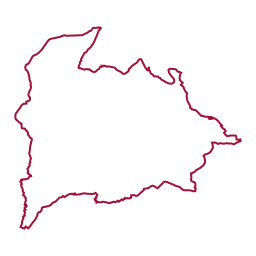 Ocnele Mari, Vâlcea, Romania (Mercator projection)
{"feature_id": "2599482B98582848146114", "entity_name": "Ocnele Mari", "entity_type": "district", "adm_level": 2, "iso_a3": "ROU", "parent_name": "Romania", "parent_adm1": "Vâlcea", "projection": "mercator", "projection_center": [24.271, 45.091], "detail": "fine", "context": "isolated", "style": "outline", "palette": "rose", "viewbox_px": 256, "rotation_deg": 0, "n_neighbors": 0, "source": "geoboundaries", "source_scale": "gbopen_adm2", "svg_char_len": 5690}
<svg xmlns="http://www.w3.org/2000/svg" viewBox="0 0 256 256"><path d="M70.0,194.0L72.2,193.7L73.8,194.7L74.0,194.5L74.1,193.7L74.7,193.4L75.1,193.5L75.1,194.3L75.4,194.6L78.1,194.6L83.0,193.5L84.7,193.3L86.4,193.7L92.6,194.0L94.7,193.4L95.6,192.9L97.3,195.0L97.0,195.9L96.0,196.7L96.2,198.2L95.8,198.5L95.7,198.9L94.7,199.0L95.1,200.3L96.1,200.8L96.1,201.2L96.6,201.2L96.6,202.6L97.2,202.2L97.9,202.0L101.1,202.4L102.4,201.7L106.3,202.3L108.4,203.0L110.0,203.1L110.6,202.5L111.5,202.5L113.7,201.7L114.5,201.9L115.2,202.3L117.9,200.7L118.9,201.7L121.7,199.4L122.6,200.0L122.7,199.7L123.3,199.7L123.5,199.2L124.4,199.2L124.5,198.8L125.0,197.9L125.7,198.4L126.1,198.5L127.6,198.0L128.6,198.4L130.0,198.3L131.0,197.8L131.2,195.3L132.1,195.5L133.0,195.1L134.4,195.2L135.5,195.8L137.0,195.8L137.6,195.6L143.4,190.4L143.9,189.8L143.8,188.9L148.6,188.0L150.7,186.4L152.2,185.8L152.9,185.7L154.1,186.2L155.9,187.4L157.6,188.2L163.7,182.1L164.9,181.7L166.6,181.9L172.7,184.4L175.6,185.8L179.7,187.0L181.3,188.7L183.7,190.2L189.6,190.3L191.3,190.6L193.0,191.2L195.2,191.2L195.7,188.4L194.9,188.0L194.6,187.3L195.4,186.0L195.5,184.7L195.3,183.7L195.0,182.8L194.5,182.3L192.0,181.4L191.1,180.5L191.0,179.7L191.4,178.1L191.0,173.4L191.8,173.2L192.1,173.4L193.0,172.5L194.1,172.2L195.0,171.6L196.1,170.1L197.5,169.5L200.2,167.9L203.6,165.1L204.0,163.9L204.8,163.0L205.0,162.4L205.0,160.1L204.5,158.0L204.0,156.6L203.5,155.9L205.1,154.4L206.3,154.2L209.2,153.0L210.8,151.6L212.9,147.8L212.7,145.2L212.1,142.6L215.5,142.6L216.9,143.5L218.2,143.9L218.5,143.9L219.5,143.2L223.7,143.7L227.2,143.2L229.0,143.6L231.1,143.4L234.0,144.3L236.7,142.6L240.5,141.1L240.6,140.5L240.5,139.9L240.2,139.4L238.9,139.8L237.4,139.7L236.7,139.4L236.4,139.0L236.2,136.1L235.4,135.5L230.6,135.5L227.2,136.3L225.7,134.9L224.0,132.8L225.7,131.1L225.1,130.0L224.3,129.1L222.6,128.1L221.0,126.2L221.6,126.0L222.1,125.5L219.9,123.4L219.1,122.2L216.6,119.6L213.3,117.8L212.9,118.0L212.8,118.5L211.4,118.9L209.9,119.0L208.8,118.6L208.9,118.0L209.2,117.8L211.2,117.0L211.0,116.9L204.9,116.7L203.4,116.2L202.9,115.7L201.4,116.0L196.2,110.5L194.9,110.0L193.4,109.9L192.6,109.3L191.9,109.4L191.2,108.4L190.2,108.0L190.2,106.1L187.4,100.8L186.7,96.9L186.8,94.3L187.2,93.7L185.4,91.3L184.0,88.6L183.4,86.7L181.6,85.5L180.9,84.8L182.7,82.8L180.2,80.5L179.6,78.8L179.9,75.7L180.4,73.9L181.2,72.8L179.9,72.1L177.6,71.6L176.6,70.1L175.7,69.3L170.6,68.7L169.2,69.2L168.6,69.6L168.5,70.6L169.4,73.4L171.2,75.8L173.5,78.5L173.9,79.1L174.2,80.1L174.1,82.0L173.6,82.5L172.5,83.3L171.4,83.7L170.0,83.7L167.8,83.1L166.5,82.3L165.6,82.1L164.7,81.3L161.0,79.4L160.4,78.1L158.9,77.7L158.1,76.6L153.9,76.3L153.0,74.7L151.2,73.9L150.5,72.9L149.0,68.8L148.9,66.8L148.5,68.0L148.0,70.4L147.4,70.3L145.5,67.9L141.2,59.4L140.5,59.1L138.7,59.7L137.2,62.4L132.0,65.9L129.9,68.3L129.1,68.8L128.7,69.8L128.9,70.4L128.1,71.5L125.0,73.7L123.3,73.9L122.9,73.7L121.3,72.2L116.4,69.7L115.6,68.4L114.6,67.7L108.9,66.4L107.0,66.7L105.9,66.1L104.8,66.0L104.2,65.7L103.9,65.9L103.0,65.7L102.5,66.2L101.8,65.9L101.9,66.4L101.7,66.8L100.2,66.8L98.9,69.1L97.9,69.5L95.5,71.7L94.9,71.8L94.1,72.2L91.4,71.0L89.3,69.2L88.2,69.5L86.2,69.0L85.2,69.5L83.8,69.6L79.7,68.0L78.7,68.0L78.6,67.7L78.7,66.3L79.9,63.8L79.8,62.5L80.3,61.7L81.2,60.9L81.3,60.3L81.0,59.6L81.1,59.2L83.9,54.0L84.2,53.1L86.1,52.2L87.3,50.8L87.7,49.7L88.7,49.0L90.8,47.1L92.0,45.2L92.8,44.4L93.1,43.6L94.4,41.4L94.8,40.1L96.4,36.6L98.7,30.7L99.5,30.0L100.0,29.1L100.8,28.4L100.7,27.8L100.2,27.5L99.3,27.7L98.3,27.4L97.8,27.7L93.0,28.0L90.8,30.8L89.3,31.2L87.6,32.6L82.1,35.2L66.4,35.8L64.4,35.2L59.5,37.0L50.9,38.8L48.9,39.8L47.6,41.4L41.2,50.4L37.4,53.9L32.8,56.1L28.7,63.5L26.1,64.9L25.2,66.9L25.7,69.6L27.0,70.6L28.2,72.6L29.3,77.0L29.6,80.0L30.3,81.6L30.9,83.5L30.5,84.8L30.9,86.0L31.0,87.1L30.6,88.9L30.3,89.9L29.2,91.7L28.4,94.7L28.7,96.0L29.7,97.1L30.0,97.8L29.9,99.4L29.6,100.4L28.8,100.8L28.0,100.8L27.3,101.5L26.2,102.0L26.4,103.6L25.2,103.8L24.0,103.7L23.4,103.9L21.3,105.6L19.6,108.5L17.9,110.6L16.7,112.5L15.7,113.6L15.6,114.1L15.4,115.8L15.4,117.9L16.0,119.5L19.3,122.4L21.5,123.8L21.4,124.3L21.7,125.2L21.5,126.4L21.8,128.1L23.3,128.6L24.6,128.6L25.2,128.8L25.8,130.3L26.9,131.0L27.6,132.0L28.0,133.3L28.1,134.8L29.4,136.2L29.5,136.8L29.9,137.4L30.6,138.0L31.7,138.7L31.8,139.4L31.7,140.7L31.2,141.8L31.1,142.8L30.3,145.9L29.5,152.3L29.2,153.1L29.4,154.2L30.4,156.7L30.9,158.6L30.3,160.2L30.1,161.5L30.3,162.4L29.4,163.6L29.5,164.3L29.8,165.6L29.4,166.3L28.4,167.1L28.2,167.9L27.4,168.8L27.7,169.5L28.1,171.0L28.1,172.0L27.8,172.6L28.5,173.2L28.3,173.8L30.9,175.5L31.1,176.1L29.4,176.7L28.1,178.5L27.6,178.7L26.6,178.8L25.9,179.3L24.7,179.2L23.9,179.5L22.2,179.3L22.0,179.5L22.2,180.0L22.0,180.4L21.3,180.0L20.8,180.1L20.6,181.2L20.3,181.8L21.8,183.6L21.8,184.4L21.3,184.6L21.2,185.1L21.3,186.4L22.7,189.1L22.8,191.6L23.7,192.4L23.9,192.9L23.9,193.3L23.4,193.9L23.2,195.1L24.3,195.6L24.6,196.7L25.2,197.3L25.9,198.4L25.6,198.9L25.9,200.6L25.4,201.6L25.0,203.8L24.6,204.6L24.7,205.3L25.2,205.7L25.8,205.2L26.4,205.1L26.6,205.3L26.7,206.0L26.4,206.6L24.6,207.9L24.7,208.7L25.6,209.9L25.3,210.2L24.2,210.4L24.2,210.9L24.5,211.3L24.7,212.2L25.0,212.7L24.3,214.9L24.3,215.2L24.8,215.5L24.7,215.7L24.3,216.1L23.2,216.5L23.0,216.9L23.4,218.3L22.5,220.1L21.7,224.3L20.6,227.1L24.3,228.6L25.7,226.5L26.5,227.0L28.1,228.4L29.8,226.7L32.3,223.1L35.2,219.6L37.1,216.0L37.5,214.7L37.6,213.4L39.1,212.1L40.1,212.0L40.5,211.6L41.6,210.0L41.9,208.1L42.2,207.6L43.1,207.1L45.4,206.9L46.8,206.2L47.9,206.2L50.4,205.3L52.0,203.5L53.7,202.2L55.5,201.6L58.1,199.1L58.6,198.4L60.0,197.4L61.6,197.3L63.0,196.0L63.4,196.1L64.3,197.1L65.9,196.3L67.7,194.9L70.0,194.0Z" fill="none" stroke="#9f1239" stroke-width="2"/></svg>